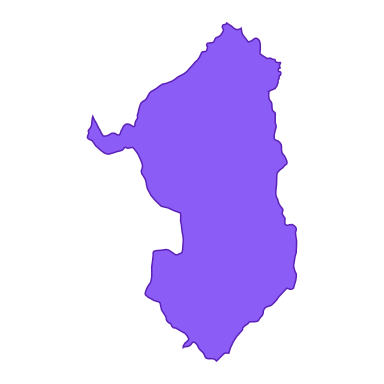 Xin Man, Hà Giang, Vietnam (Equal Earth projection)
{"feature_id": "81297802B50713424689894", "entity_name": "Xin Man", "entity_type": "district", "adm_level": 2, "iso_a3": "VNM", "parent_name": "Vietnam", "parent_adm1": "Hà Giang", "projection": "equal_earth", "projection_center": [104.512, 22.634], "detail": "fine", "context": "isolated", "style": "filled", "palette": "violet", "viewbox_px": 384, "rotation_deg": 0, "n_neighbors": 0, "source": "geoboundaries", "source_scale": "gbopen_adm2", "svg_char_len": 5951}
<svg xmlns="http://www.w3.org/2000/svg" viewBox="0 0 384 384"><path d="M166.6,320.4L167.8,321.9L169.1,323.0L170.8,323.7L171.9,326.3L173.5,327.8L175.7,328.0L178.8,329.8L181.5,331.4L185.0,333.3L186.9,335.5L188.6,338.4L188.7,339.2L188.3,340.0L187.3,341.2L184.9,343.2L183.3,346.0L183.2,347.5L184.1,346.9L185.3,346.7L186.9,346.6L188.3,346.2L189.6,345.7L190.8,344.7L192.4,342.6L193.0,342.2L194.0,342.3L194.9,342.6L196.1,343.5L197.5,345.5L198.2,347.1L199.6,349.3L201.0,350.7L202.7,352.2L204.0,354.1L205.3,357.1L205.9,357.9L206.9,358.3L207.9,358.7L209.0,358.7L212.7,358.7L213.7,358.9L215.1,359.7L216.6,361.0L220.7,356.9L223.9,353.7L225.2,353.1L227.4,353.0L228.8,353.2L229.4,351.2L230.3,348.1L231.9,344.7L233.4,341.6L235.3,338.5L236.8,336.3L237.8,335.2L239.3,333.5L242.5,329.8L242.7,328.1L243.3,327.2L245.9,325.0L247.6,324.0L248.7,322.7L249.6,321.8L250.0,321.8L251.1,321.8L252.9,321.8L255.0,321.7L257.2,321.3L258.1,320.8L258.5,320.4L259.1,319.4L260.2,317.7L262.0,315.8L262.7,314.6L263.3,312.7L263.4,310.6L264.0,309.4L265.0,308.0L266.1,307.1L267.4,306.6L269.8,305.9L271.4,305.2L274.4,302.4L276.6,299.9L279.1,296.4L282.5,292.8L285.6,289.5L286.8,288.3L287.4,288.3L289.8,289.2L290.5,289.3L291.3,289.2L292.3,288.9L293.5,288.1L294.9,283.3L295.8,280.2L296.3,276.5L296.3,274.8L296.2,273.8L295.3,272.0L294.8,270.9L294.0,267.9L293.6,265.0L294.0,263.2L294.4,260.8L295.1,256.1L296.2,252.7L296.3,250.5L296.5,246.0L296.6,241.4L296.5,240.1L295.8,236.0L295.6,233.7L295.5,232.1L296.2,230.2L296.3,229.1L295.7,227.2L293.9,225.5L292.1,224.5L290.8,224.6L289.1,224.9L288.3,225.2L286.8,225.3L286.1,225.0L285.6,224.6L285.1,224.0L284.8,223.0L284.9,220.7L285.0,218.8L284.9,218.1L283.5,216.0L282.6,214.6L282.3,213.6L282.3,212.0L282.9,210.4L282.8,209.5L282.5,208.7L281.0,206.9L279.2,204.3L278.2,201.5L277.8,199.8L276.5,197.2L275.9,194.9L275.8,192.8L276.1,188.0L276.5,185.1L276.8,175.5L277.1,173.0L279.8,170.0L282.8,167.7L284.7,165.5L286.4,164.3L286.9,163.5L287.0,162.5L286.8,161.0L285.8,158.6L284.2,155.6L282.4,153.4L281.8,151.7L281.5,149.3L281.5,146.1L281.2,144.8L280.8,144.0L280.0,142.7L278.0,140.9L276.4,140.4L275.5,140.1L275.1,139.8L274.5,139.1L274.2,138.0L274.2,135.8L274.3,134.5L274.9,131.6L276.1,127.3L276.2,126.4L275.9,124.8L275.4,123.3L275.2,122.1L275.2,118.1L275.2,116.0L275.4,114.7L275.3,113.9L275.2,113.0L274.5,112.2L273.7,111.6L273.0,111.0L272.5,110.2L272.2,108.9L272.0,107.2L271.9,104.5L271.7,103.3L271.3,102.1L270.5,101.2L269.7,100.1L269.2,99.2L269.0,97.7L268.7,95.9L268.7,94.8L268.9,93.6L268.9,92.8L268.8,92.4L268.3,91.7L269.3,91.2L271.4,90.1L273.4,89.3L275.1,88.5L276.5,86.4L276.9,86.0L277.3,84.5L277.8,83.4L278.0,82.7L278.1,82.0L278.0,81.1L278.0,80.2L278.4,79.7L278.9,79.0L279.1,78.2L279.2,76.1L279.4,75.6L280.2,75.3L280.5,74.9L280.8,74.0L280.8,73.3L280.7,72.2L280.2,71.8L279.7,71.6L278.9,71.5L278.5,71.2L278.4,70.6L278.4,70.2L278.4,69.1L278.6,68.2L278.9,68.1L279.3,68.2L279.6,68.3L279.9,68.3L280.0,68.2L280.1,67.9L280.0,67.5L279.8,66.8L279.6,65.8L279.5,65.1L279.5,64.8L279.7,64.5L279.9,64.3L280.1,64.0L280.4,63.5L280.5,62.7L280.1,62.4L279.5,62.5L278.4,62.7L276.9,62.3L276.0,62.0L275.7,61.6L275.4,61.0L275.2,60.0L275.0,59.8L274.4,59.4L272.9,59.3L271.9,58.9L270.9,58.3L270.2,58.1L269.3,58.2L268.3,58.4L267.6,58.4L266.7,58.4L265.7,57.6L263.2,56.0L261.9,55.2L260.5,54.1L260.1,53.5L260.0,52.7L260.3,49.5L260.3,48.7L260.3,45.2L260.0,42.8L259.3,40.5L258.4,39.5L257.3,38.6L256.0,38.2L254.4,38.6L251.5,40.9L250.1,41.3L248.4,41.9L247.5,41.1L246.3,39.3L243.2,35.4L242.5,34.1L242.3,33.6L241.7,32.0L241.5,30.0L241.1,28.3L240.8,28.7L240.6,28.8L238.4,29.4L236.9,29.6L235.5,29.1L235.0,29.0L234.6,28.8L231.7,26.3L228.8,24.4L226.7,23.0L226.4,23.5L225.7,24.3L224.4,24.6L223.1,24.9L222.6,25.6L222.3,26.5L222.4,27.5L223.4,29.4L223.4,30.7L222.3,32.8L220.3,35.6L217.7,37.1L216.1,37.6L215.1,38.8L214.3,40.9L213.8,41.8L212.7,42.6L209.8,42.9L207.5,43.3L206.9,44.1L206.6,45.0L207.4,46.8L207.4,48.1L206.7,50.4L205.7,51.5L204.6,51.6L202.7,51.7L201.6,52.5L200.8,54.3L199.5,57.2L197.7,59.8L195.1,62.2L192.3,65.5L189.6,68.4L186.9,71.5L184.1,73.7L180.9,75.4L177.8,77.0L174.8,79.4L172.1,81.1L170.0,81.9L166.8,83.2L162.4,84.2L159.4,86.1L156.5,88.4L153.9,90.0L151.0,91.6L149.5,93.1L147.6,96.5L146.5,98.7L145.0,100.2L142.9,101.4L141.2,102.8L140.4,104.4L139.4,107.4L138.7,109.9L138.3,112.3L137.4,114.8L137.4,116.0L137.5,117.2L137.5,118.1L137.1,119.0L136.2,120.3L135.6,121.5L135.1,123.1L134.9,124.9L134.6,126.1L134.1,126.5L133.0,126.5L129.9,124.5L127.6,124.0L125.7,124.3L123.5,126.1L122.7,128.0L121.2,130.7L120.3,133.4L119.7,134.4L119.3,134.9L118.5,135.0L117.7,135.0L114.7,133.3L113.0,133.2L111.4,133.4L109.3,134.8L106.9,135.8L105.2,136.1L103.2,136.0L101.6,133.6L99.6,129.6L98.0,126.7L96.2,123.0L94.9,120.9L94.0,119.2L92.8,116.5L92.3,118.5L91.9,121.4L91.7,124.6L90.8,127.2L89.2,129.4L88.5,130.2L88.3,131.3L88.6,132.3L88.7,133.5L87.7,135.8L87.4,137.5L88.0,138.5L89.3,139.4L91.4,140.2L92.5,141.1L95.6,145.7L98.0,147.8L100.1,149.8L104.2,152.9L106.5,153.8L108.2,154.1L109.5,154.0L111.4,153.4L113.8,152.7L116.9,151.6L119.0,151.2L122.4,150.1L123.9,148.3L124.9,147.4L125.2,147.3L127.8,148.3L129.1,148.0L130.6,147.7L132.1,147.5L133.1,147.7L133.6,148.2L135.5,150.5L138.0,154.1L140.1,158.5L141.7,162.5L142.3,164.6L142.5,166.8L141.9,169.5L141.3,170.6L141.3,171.5L141.9,173.8L143.4,176.1L145.2,179.2L146.1,182.0L146.5,184.7L147.4,188.7L151.1,195.6L155.2,200.4L161.2,206.2L164.2,207.0L167.8,207.8L174.1,210.7L178.6,212.3L180.5,213.1L180.7,214.9L180.6,221.4L181.3,224.4L182.2,232.3L182.9,235.5L183.3,239.5L183.1,243.3L182.6,249.7L182.3,251.5L181.3,253.1L179.3,253.8L177.4,254.8L175.6,254.8L171.7,252.1L168.5,250.0L166.1,249.5L161.5,250.2L156.4,250.6L153.8,251.3L153.2,252.6L153.1,253.4L153.2,255.2L152.3,262.9L151.7,266.6L151.8,273.5L151.7,277.0L150.9,281.3L150.1,283.3L149.1,284.4L147.4,287.2L145.7,291.1L145.2,293.6L145.4,294.8L148.2,297.2L151.1,298.8L153.9,300.4L156.7,301.3L159.4,302.1L160.2,303.4L160.7,306.0L161.6,310.0L163.7,313.3L165.9,316.7L166.6,320.4Z" fill="#8b5cf6" stroke="#5b21b6" stroke-width="1.5"/></svg>